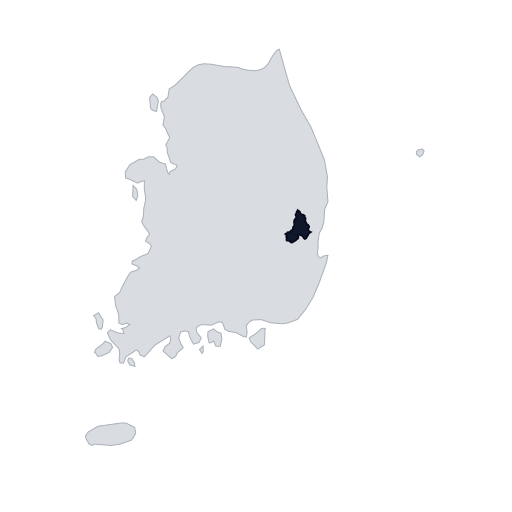 location of Cheongsong-gun, North Gyeongsang, South Korea, rotated 7°
{"feature_id": "91817680B32757414449699", "entity_name": "Cheongsong-gun", "entity_type": "district", "adm_level": 2, "iso_a3": "KOR", "parent_name": "South Korea", "parent_adm1": "North Gyeongsang", "projection": "orthographic", "projection_center": [129.024, 36.373], "detail": "fine", "context": "in_parent", "style": "filled", "palette": "ink", "viewbox_px": 512, "rotation_deg": 7, "n_neighbors": 0, "source": "geoboundaries", "source_scale": "gbopen_adm2", "svg_char_len": 4841}
<svg xmlns="http://www.w3.org/2000/svg" viewBox="0 0 512 512"><g transform="rotate(7 256 256)"><path d="M147.2,111.2L149.1,109.8L149.3,107.7L149.5,100.8L154.9,96.2L162.7,86.5L166.6,81.3L170.9,76.3L175.8,73.1L180.7,71.6L188.2,71.1L202.7,71.9L205.5,71.4L215.6,71.0L217.9,71.9L225.2,72.6L233.3,72.1L237.4,70.7L241.2,68.2L244.6,63.8L248.0,55.6L251.7,49.1L253.9,47.9L268.4,82.5L282.6,104.9L294.7,121.1L312.2,152.2L317.3,168.8L317.9,179.1L320.8,193.3L318.4,201.4L319.2,214.2L318.1,220.8L316.0,225.6L315.9,235.0L316.6,239.9L316.7,246.5L318.1,249.1L320.2,250.0L323.4,247.6L327.3,246.6L326.6,254.6L322.0,274.7L317.9,289.3L312.2,302.1L305.0,313.8L296.4,318.3L290.3,320.0L278.6,320.5L268.9,318.5L260.6,319.9L257.3,322.3L254.8,326.5L256.5,332.9L256.3,337.7L252.7,337.3L245.7,334.5L237.8,334.1L234.2,332.7L230.6,325.8L226.8,326.0L220.2,330.0L210.2,330.8L206.6,332.9L205.3,335.7L206.8,339.3L211.7,344.1L210.0,348.8L204.7,351.1L200.5,345.2L198.0,339.4L195.0,339.0L190.4,340.6L189.3,346.8L191.4,351.0L194.9,356.0L189.8,361.5L188.5,365.5L184.9,368.3L175.4,361.7L176.8,357.2L181.0,352.9L181.6,348.4L180.3,345.7L166.4,356.9L157.6,369.6L153.1,368.6L151.3,365.2L148.7,363.8L139.3,371.9L137.5,378.5L134.1,378.7L132.7,375.8L132.7,369.8L131.3,364.7L122.0,357.1L117.9,350.5L120.3,347.0L128.1,349.2L134.4,349.1L133.2,346.0L131.2,344.5L135.4,342.9L139.0,339.4L136.1,338.4L131.7,340.3L128.1,339.2L126.8,330.7L122.6,322.0L120.6,313.5L125.1,308.8L127.5,301.3L131.8,290.5L134.0,287.0L139.6,284.6L141.7,281.8L138.7,280.3L133.8,278.9L134.0,275.8L137.4,274.1L141.2,270.8L148.6,266.7L151.0,258.8L148.9,256.8L144.5,254.8L145.6,250.8L147.5,247.8L146.9,245.9L141.7,240.6L138.3,235.8L139.4,230.4L138.8,222.3L139.5,215.5L139.4,211.8L137.0,203.3L136.0,195.0L132.6,196.1L129.8,198.1L120.1,194.9L117.1,194.6L116.0,188.4L119.7,180.8L128.2,174.3L133.0,173.6L136.6,170.8L142.3,170.0L148.9,174.7L154.9,175.8L158.0,183.7L160.0,185.5L160.5,182.6L165.5,179.3L166.7,176.7L165.7,175.3L160.1,173.8L155.3,163.9L154.7,159.6L153.0,156.8L155.9,149.0L150.3,140.0L147.6,137.1L148.2,129.1L145.3,123.9L143.7,121.0L142.8,116.2L143.7,114.0L146.3,113.2L147.2,111.2ZM118.9,462.4L115.9,464.1L113.3,463.0L112.6,462.1L109.4,457.6L108.7,455.3L110.9,451.1L120.0,444.2L143.2,438.0L147.4,437.7L156.4,440.9L158.2,446.4L156.5,451.1L154.3,454.3L143.6,459.4L135.3,461.7L118.9,462.4ZM275.1,343.3L269.1,348.1L261.1,341.7L259.2,338.1L265.3,333.0L270.5,327.1L273.9,326.7L275.1,343.3ZM232.3,342.5L231.5,350.0L227.0,350.4L224.4,345.5L221.5,347.8L220.0,347.8L217.9,341.8L217.5,337.0L222.8,333.5L226.0,335.7L230.6,336.9L232.3,342.5ZM115.3,373.8L111.2,374.9L108.9,372.2L107.4,371.4L108.4,368.0L115.2,361.3L116.5,359.0L122.6,360.6L124.8,364.3L121.8,369.7L115.3,373.8ZM140.2,114.5L139.7,124.7L136.3,124.2L134.0,123.1L133.1,121.1L131.1,111.6L133.7,107.7L138.7,110.9L140.2,114.5ZM112.1,345.9L111.2,347.7L108.5,347.1L105.8,341.7L104.8,337.5L102.0,335.1L106.6,331.5L112.1,338.3L112.1,345.9ZM131.3,210.4L130.3,215.4L126.3,211.9L125.4,201.0L129.5,204.3L131.3,210.4ZM409.0,135.3L406.2,137.7L402.9,135.4L402.4,133.0L404.1,130.9L408.1,129.5L410.0,131.3L409.0,135.3ZM148.3,376.7L149.3,380.4L144.1,379.6L141.5,376.0L141.9,373.0L145.0,372.7L148.3,376.7ZM215.2,357.0L214.4,359.4L211.3,355.8L214.5,351.8L215.2,357.0Z" fill="#d9dde1" stroke="#a8b0b8" stroke-width="1"/><path d="M300.7,212.4L299.8,211.8L299.6,211.4L299.7,210.8L299.5,210.0L298.0,209.2L297.1,209.2L296.2,209.1L294.9,208.2L294.6,207.7L294.4,206.9L293.5,206.1L292.7,205.9L291.9,205.3L291.8,205.2L291.2,206.8L290.9,206.9L290.7,207.6L291.0,208.2L291.0,208.7L290.5,209.3L290.1,209.8L290.2,210.6L290.5,211.2L291.0,211.8L291.1,212.6L290.9,213.4L290.6,214.0L290.2,214.5L289.7,215.3L289.5,216.3L289.5,217.4L289.6,218.5L290.0,219.2L290.1,220.0L290.1,221.1L289.6,222.2L289.1,223.0L289.1,223.7L289.4,224.9L289.1,225.6L288.3,225.8L287.6,226.4L287.1,227.1L286.6,227.9L285.7,228.3L284.9,228.3L284.3,228.6L284.0,229.2L283.8,229.7L283.2,229.9L282.6,230.2L282.3,230.5L282.3,231.0L282.8,231.2L283.5,231.3L284.3,231.5L284.5,232.0L284.0,232.4L283.6,232.9L283.7,233.5L283.8,234.2L284.5,234.3L284.9,234.6L284.7,235.2L284.2,235.6L284.1,236.0L284.2,236.6L284.4,237.0L284.6,237.0L284.9,237.0L285.2,237.1L286.2,237.1L287.5,237.0L287.8,237.3L288.2,237.9L288.5,238.2L289.0,238.4L289.6,238.4L289.9,238.3L290.7,238.2L291.0,237.5L292.1,237.0L293.9,235.5L294.4,234.6L294.9,234.2L295.5,233.9L295.8,232.8L296.0,232.2L295.8,231.7L295.4,231.3L295.0,230.3L295.6,229.9L296.7,229.8L297.7,230.0L298.5,230.3L299.4,230.4L300.3,231.2L301.1,232.5L302.3,233.3L303.0,233.0L303.8,232.3L304.1,231.4L304.4,230.6L305.2,229.3L305.2,228.3L306.0,227.1L307.8,225.5L306.7,225.2L306.0,224.9L305.5,224.5L304.6,223.3L304.7,222.4L305.1,221.6L305.3,220.9L305.3,220.2L304.3,219.0L303.8,218.5L303.1,218.3L302.5,217.9L301.8,216.7L301.2,215.9L300.7,215.1L300.7,212.5L300.7,212.4Z" fill="#0f172a" stroke="#020617" stroke-width="1.5"/></g></svg>